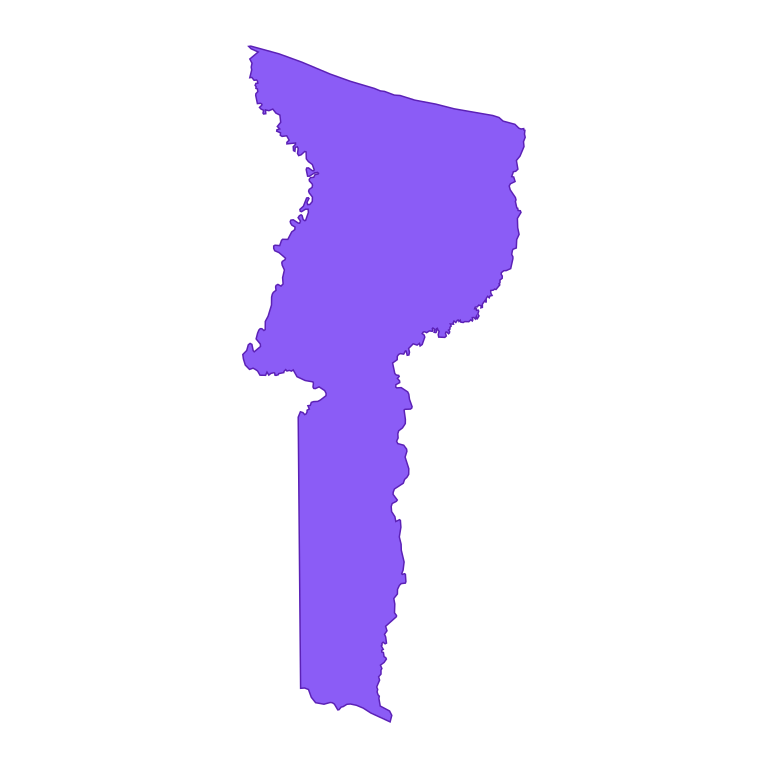 the district of Esparta, Atlántida, Honduras
{"feature_id": "27666195B38540325718950", "entity_name": "Esparta", "entity_type": "district", "adm_level": 2, "iso_a3": "HND", "parent_name": "Honduras", "parent_adm1": "Atlántida", "projection": "natural_earth1", "projection_center": [-87.238, 15.629], "detail": "fine", "context": "isolated", "style": "filled", "palette": "violet", "viewbox_px": 768, "rotation_deg": 0, "n_neighbors": 0, "source": "geoboundaries", "source_scale": "gbopen_adm2", "svg_char_len": 6101}
<svg xmlns="http://www.w3.org/2000/svg" viewBox="0 0 768 768"><path d="M390.1,721.9L391.8,715.4L389.6,711.0L380.2,706.0L378.9,698.3L379.3,696.2L378.0,694.7L377.1,691.9L377.7,689.4L376.7,687.0L379.6,680.1L378.6,676.8L381.0,674.1L381.0,670.1L381.9,668.5L380.4,665.2L384.1,662.4L386.4,659.1L385.7,657.6L384.1,656.7L383.4,652.5L381.8,652.0L381.7,650.3L383.3,649.4L381.3,645.9L382.1,645.0L381.9,643.4L383.1,642.2L385.1,643.8L386.5,643.1L385.7,637.0L384.5,634.3L387.0,630.8L385.6,626.3L396.4,616.7L396.5,615.5L394.5,612.8L394.8,604.0L393.8,598.5L397.4,594.0L397.5,589.4L399.4,585.4L401.2,583.6L405.4,583.1L405.9,581.6L405.4,574.3L404.5,573.7L402.3,574.4L401.7,573.7L403.1,570.1L404.1,562.0L401.3,550.2L401.1,544.2L399.3,536.9L400.9,527.2L400.4,520.4L399.5,519.7L395.8,521.5L394.9,516.7L391.6,511.6L391.2,506.5L392.2,503.5L396.4,501.3L397.3,500.0L393.1,494.4L393.2,492.3L394.4,489.0L403.3,483.2L404.6,479.4L407.0,477.2L408.7,474.3L408.8,468.7L405.1,457.1L406.9,451.3L406.6,449.1L403.7,445.2L397.8,443.6L396.6,441.2L398.1,438.0L397.8,433.8L398.7,430.8L402.5,427.9L405.3,423.6L405.4,419.5L404.1,410.0L405.0,409.3L410.4,409.1L411.7,408.2L412.1,406.7L409.5,399.3L408.8,394.2L407.7,391.9L401.2,387.6L396.8,387.9L395.7,387.0L395.9,384.7L399.7,382.6L399.6,380.9L397.4,378.4L399.2,376.5L398.7,375.4L396.3,375.0L394.8,373.5L392.6,363.0L397.2,359.7L397.3,356.3L398.7,354.4L400.3,353.6L403.7,354.1L405.4,350.9L406.2,351.1L407.2,355.3L408.9,355.0L409.5,352.2L408.6,348.5L413.2,343.8L417.1,345.1L419.4,343.4L420.1,346.0L422.2,344.5L424.8,337.1L424.1,335.0L422.2,333.6L423.3,332.0L424.8,331.8L426.6,332.7L429.4,330.9L432.3,331.3L432.8,330.6L432.3,328.5L432.9,328.0L434.9,329.5L434.1,332.3L435.8,332.6L436.5,331.9L436.5,328.7L437.4,328.3L438.0,330.1L439.1,331.3L438.2,334.6L438.7,337.1L444.8,337.4L446.3,336.0L445.5,333.3L445.9,332.1L446.8,332.0L448.6,333.8L449.5,332.8L449.6,331.3L448.5,330.1L450.0,329.1L449.9,327.3L451.2,326.1L450.3,323.9L453.5,324.2L453.1,322.8L454.0,321.1L455.8,322.5L457.4,320.2L458.4,320.1L459.0,321.5L460.2,320.2L460.8,322.1L463.2,322.5L464.7,321.6L468.8,321.7L470.8,319.8L472.3,321.0L472.8,320.0L472.3,317.6L474.0,317.5L475.3,319.0L476.3,316.5L476.7,318.8L477.3,318.9L479.0,315.9L477.9,314.0L478.7,311.1L478.2,310.1L476.5,310.4L476.4,308.8L474.6,308.8L475.2,307.2L477.4,306.8L478.7,305.1L481.3,305.8L480.9,307.8L482.4,307.4L482.4,304.1L485.0,300.5L485.5,301.9L486.2,301.9L486.2,298.4L487.7,296.3L489.2,297.8L489.9,296.0L492.1,295.5L490.8,293.2L490.7,290.5L493.4,290.1L494.5,289.1L496.0,289.5L499.8,284.9L499.0,283.8L500.0,282.8L500.0,280.0L502.2,278.3L502.3,276.0L501.2,274.3L501.3,272.7L503.8,270.7L506.2,270.6L510.7,268.6L512.9,258.7L512.9,256.8L511.7,254.4L512.4,250.5L513.1,249.2L516.3,248.0L516.7,239.6L519.1,234.4L517.7,227.7L517.4,218.4L521.0,212.4L520.3,210.7L518.1,210.5L517.7,208.2L516.8,207.9L515.4,201.5L516.0,199.9L515.4,197.5L510.2,189.8L509.2,186.0L510.4,183.8L515.1,181.5L513.7,177.0L511.7,176.6L513.4,171.7L515.7,171.3L517.9,169.2L516.4,160.5L520.0,156.1L524.0,146.6L523.5,141.7L525.2,137.3L524.5,134.1L524.9,130.3L523.8,129.9L523.7,128.6L521.1,129.0L518.9,128.2L514.9,124.3L503.1,121.1L499.0,117.5L492.8,115.5L454.2,108.8L435.8,104.1L414.7,100.1L400.1,95.5L394.4,95.1L384.5,91.4L380.4,90.9L374.3,88.4L350.4,81.3L330.0,74.0L302.0,62.2L278.9,53.8L250.8,46.1L248.7,46.4L251.1,48.8L258.2,52.0L249.8,59.0L252.0,63.2L251.2,67.1L251.7,69.9L249.8,77.7L251.8,77.4L254.1,80.3L256.6,80.0L257.5,81.1L257.8,83.2L255.9,83.4L255.1,85.4L256.1,86.6L255.9,88.4L257.4,88.9L257.8,91.6L255.9,93.7L255.7,95.4L257.4,103.6L260.7,103.3L261.9,104.2L261.8,105.2L259.5,107.4L260.9,109.0L263.6,110.3L263.0,113.1L263.6,114.0L265.8,113.7L265.5,109.9L268.9,110.7L272.8,109.1L275.9,113.1L279.9,115.1L280.7,122.3L277.3,126.5L279.7,128.9L276.9,129.8L276.7,131.2L280.5,132.8L280.3,135.3L282.1,136.4L286.7,135.8L289.1,140.1L286.9,142.3L286.9,143.9L295.5,143.0L295.5,144.3L293.2,146.7L293.5,150.6L294.9,151.3L295.3,147.3L297.4,146.9L298.2,148.6L297.5,153.5L298.7,155.6L301.1,154.8L304.7,151.5L306.1,151.9L306.3,158.8L308.4,161.6L312.3,164.5L314.2,169.8L313.8,170.7L312.4,170.7L308.5,167.9L306.7,168.0L306.2,169.6L307.6,176.2L309.4,176.2L314.7,172.8L317.5,172.4L318.5,173.3L318.0,174.1L315.1,174.5L313.7,177.3L310.5,177.6L309.2,179.4L309.4,181.0L312.1,183.9L312.5,185.1L312.1,187.4L309.2,189.4L308.6,191.1L309.2,192.9L312.4,197.0L312.3,201.5L309.8,204.5L307.7,204.6L307.0,202.3L309.0,198.5L308.2,197.7L306.6,198.0L303.4,206.2L299.9,209.4L300.2,211.2L301.5,211.7L305.5,209.2L308.1,209.2L308.4,212.4L305.6,220.4L304.8,220.7L303.2,219.6L302.1,215.6L301.1,214.8L299.4,215.7L298.1,217.7L300.5,221.0L299.6,223.2L298.3,223.1L293.3,219.8L290.9,220.1L290.2,221.5L290.6,223.2L291.9,225.2L295.0,227.0L294.8,229.6L291.7,231.9L287.8,239.4L282.6,239.3L281.5,240.4L279.7,245.6L275.0,245.2L273.7,246.0L273.7,248.4L274.7,250.7L279.0,252.6L285.5,258.2L285.0,259.7L282.3,261.4L281.8,262.8L282.2,265.2L284.4,270.0L282.6,277.7L283.1,283.9L281.0,286.1L277.9,284.4L276.1,285.4L275.6,286.9L276.0,290.3L273.3,292.4L272.3,294.2L271.6,297.1L271.5,305.0L268.1,316.2L265.3,321.4L265.2,329.6L263.9,330.5L261.9,328.7L260.2,328.7L258.9,330.0L257.6,333.1L256.1,338.9L260.3,344.0L260.5,346.5L254.2,351.8L253.2,350.7L251.9,344.4L250.1,343.4L248.3,344.8L246.7,350.5L242.8,354.5L243.4,358.9L245.3,365.1L249.5,369.4L253.1,368.2L255.3,369.4L257.6,371.0L260.0,375.2L265.6,375.3L267.0,372.1L268.8,375.1L270.9,373.4L274.0,372.7L274.7,373.2L275.0,375.2L276.0,375.4L278.3,374.7L278.7,373.6L283.8,372.6L283.9,371.5L285.7,369.6L286.9,371.0L289.3,370.4L291.5,371.1L293.2,369.9L297.0,376.7L305.1,380.5L312.9,381.9L313.4,383.1L313.0,387.0L313.7,388.4L315.3,388.6L319.1,386.9L324.7,390.6L326.1,393.4L326.0,395.7L320.4,400.0L317.8,401.4L313.6,401.6L311.3,402.4L310.3,405.4L307.9,405.7L309.3,409.0L307.1,410.2L307.0,412.2L306.0,414.0L304.7,414.6L303.0,412.6L300.4,411.8L298.2,417.2L300.6,688.3L304.6,688.0L308.5,689.5L311.3,697.3L315.6,702.7L324.0,704.2L330.1,702.5L332.3,702.7L334.4,704.1L337.8,709.9L339.0,709.7L341.2,707.1L343.2,706.6L346.9,704.3L350.4,704.0L356.5,705.3L363.2,708.1L371.0,713.1L390.1,721.9Z" fill="#8b5cf6" stroke="#5b21b6" stroke-width="1.5"/></svg>